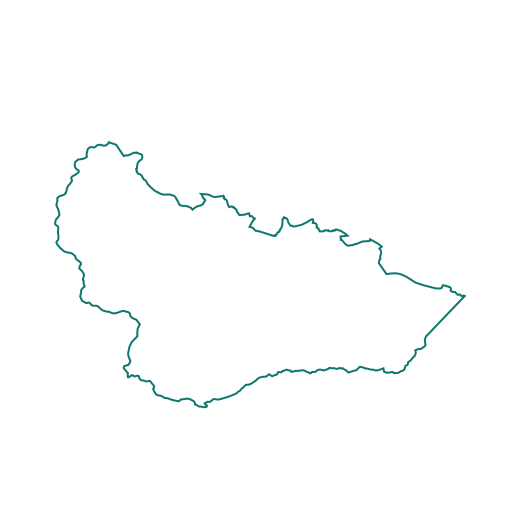 outline of Kirehe, Eastern, Rwanda, rotated 71°
{"feature_id": "39286606B14634167117771", "entity_name": "Kirehe", "entity_type": "district", "adm_level": 2, "iso_a3": "RWA", "parent_name": "Rwanda", "parent_adm1": "Eastern", "projection": "natural_earth1", "projection_center": [30.661, -2.196], "detail": "fine", "context": "isolated", "style": "outline", "palette": "teal", "viewbox_px": 512, "rotation_deg": 71, "n_neighbors": 0, "source": "geoboundaries", "source_scale": "gbopen_adm2", "svg_char_len": 6145}
<svg xmlns="http://www.w3.org/2000/svg" viewBox="0 0 512 512"><g transform="rotate(71 256 256)"><path d="M239.7,192.8L240.6,196.7L241.4,203.0L240.6,209.7L240.1,211.4L239.1,212.1L238.5,213.6L234.6,214.5L231.5,214.4L230.3,214.9L230.1,215.5L229.6,215.7L229.6,216.4L228.5,216.9L229.8,218.8L235.3,221.1L237.5,222.7L238.3,224.1L238.9,224.4L239.1,224.9L239.5,224.9L240.1,226.0L240.5,226.1L240.9,228.2L242.0,228.9L242.6,230.3L243.4,231.2L242.9,232.3L242.7,232.2L242.8,232.6L241.8,234.1L234.1,244.4L231.8,248.4L228.5,249.7L226.3,252.6L221.2,246.9L220.5,245.0L220.0,244.9L218.7,246.2L216.8,247.1L216.6,248.7L216.3,248.9L213.5,248.6L213.2,250.0L213.2,253.3L212.1,257.8L211.4,258.7L209.6,258.8L208.2,259.6L205.8,259.4L204.6,260.0L203.8,260.9L202.6,261.1L202.4,261.9L201.2,262.7L201.1,265.5L199.8,265.8L193.9,265.6L192.4,266.4L192.2,267.0L191.4,267.4L191.3,267.0L189.9,267.4L189.5,266.9L188.4,267.2L188.3,268.7L186.9,275.6L185.4,278.1L183.4,279.8L182.0,281.8L179.5,287.7L180.8,287.1L182.2,287.3L184.7,286.9L185.6,286.0L187.1,286.0L188.1,287.8L189.2,288.5L189.7,289.6L190.2,291.9L190.0,293.2L190.1,297.0L191.5,301.0L189.6,301.6L187.0,304.2L186.7,305.0L185.8,306.0L185.2,308.0L183.8,310.6L181.9,312.0L180.3,311.9L174.1,313.0L172.3,314.0L169.6,317.8L167.9,323.4L166.0,326.1L164.2,327.9L163.7,328.7L163.8,328.8L163.4,328.4L162.1,330.0L156.9,333.1L152.3,335.2L148.8,335.6L147.0,337.3L145.3,337.3L144.2,338.0L143.0,337.8L140.7,339.3L140.2,340.4L138.0,341.4L136.8,340.9L136.1,341.3L134.6,340.9L134.5,340.0L133.3,339.7L130.4,338.1L129.4,337.3L128.1,335.3L127.5,332.9L126.7,332.0L125.1,331.1L122.8,331.0L121.0,333.5L119.3,335.0L119.6,335.8L118.6,337.3L119.2,344.3L118.5,346.4L118.4,348.5L105.3,352.0L100.5,358.2L101.6,359.2L102.6,362.0L101.7,365.0L100.7,366.0L99.5,368.9L99.6,370.0L100.8,373.2L99.4,376.4L99.2,377.7L100.0,380.1L100.7,380.7L104.5,383.0L105.2,383.4L106.5,383.3L107.5,384.1L107.7,385.1L107.8,388.1L106.9,392.9L108.1,396.1L110.4,397.7L113.3,398.2L115.6,397.4L117.2,395.9L118.5,396.1L119.1,396.6L120.3,399.9L120.9,403.8L121.7,405.1L122.8,405.5L124.6,405.3L125.3,405.8L127.4,408.6L128.6,410.9L130.0,412.3L133.9,414.8L134.0,415.3L134.5,415.3L134.8,415.7L135.4,417.1L135.6,418.6L135.5,422.3L136.6,425.1L139.2,425.8L141.6,427.5L143.5,428.3L147.9,427.8L153.1,428.4L155.3,431.0L155.7,432.3L156.6,433.4L159.2,435.1L160.9,435.5L163.5,433.7L164.7,433.6L168.7,435.4L173.2,436.4L175.3,437.2L176.7,438.3L177.1,439.3L178.1,440.3L180.2,440.2L184.8,438.5L189.4,435.7L191.3,433.0L193.0,430.0L194.3,428.7L197.4,426.9L199.6,427.2L200.7,426.9L203.7,424.8L205.4,423.9L206.9,424.2L207.9,425.7L209.8,427.0L210.6,427.0L214.2,425.2L216.6,424.7L218.5,425.0L221.6,427.2L222.4,427.4L223.2,427.0L226.3,428.1L228.8,427.8L229.4,428.6L230.0,430.6L231.5,432.5L233.2,433.1L237.1,435.4L241.2,435.2L241.9,434.9L245.1,432.0L245.5,431.0L245.6,429.3L246.1,428.5L248.6,427.6L249.9,426.4L251.1,423.1L252.0,422.0L257.3,419.0L259.6,415.9L261.1,412.8L263.2,410.7L264.0,409.1L264.5,406.1L264.5,400.3L264.7,399.3L267.6,394.9L269.2,394.0L271.7,394.3L273.3,393.8L274.5,393.0L277.3,389.9L282.8,388.1L286.0,391.4L288.8,392.8L293.4,394.4L295.7,399.2L297.4,402.1L300.8,405.3L306.7,408.8L310.4,409.3L313.8,408.9L314.6,409.1L315.6,409.9L317.4,412.0L317.2,415.9L317.5,416.8L318.2,417.3L319.5,417.5L325.0,415.2L326.6,416.1L328.2,416.1L328.5,416.6L329.0,416.5L329.2,416.1L328.3,411.8L330.4,409.9L330.5,407.1L331.6,405.8L333.2,406.3L336.1,405.0L337.6,402.1L338.5,401.4L339.1,399.7L339.5,397.0L346.0,394.6L347.4,395.5L347.9,396.4L348.7,396.5L351.7,396.2L354.5,395.4L355.5,394.4L357.6,391.0L360.6,388.5L361.5,386.2L364.8,382.1L368.0,376.9L368.0,375.5L367.2,373.7L367.3,373.2L368.1,369.9L368.0,369.1L368.5,367.5L369.5,365.5L372.9,362.1L375.4,361.7L376.5,361.9L376.9,361.6L377.4,360.8L379.7,358.9L381.1,355.8L381.9,354.7L382.6,352.5L382.0,351.2L381.3,351.1L379.7,352.3L378.6,352.5L378.1,349.5L378.9,346.8L377.4,342.6L379.3,339.0L379.7,336.6L380.1,327.8L379.7,320.4L379.5,318.9L378.6,317.3L378.1,314.8L376.8,312.9L376.0,310.5L374.6,307.8L374.6,307.1L375.3,305.0L375.1,301.7L374.0,297.4L372.4,293.8L372.1,292.3L372.4,289.2L373.3,285.4L372.2,282.7L372.3,281.7L374.2,280.6L375.0,279.5L374.7,277.1L374.9,275.2L374.5,274.3L373.1,273.1L373.0,272.6L374.2,270.2L373.9,268.9L373.3,268.0L373.6,267.0L373.4,264.1L374.3,263.1L375.7,260.5L376.9,260.4L377.3,259.5L377.5,256.1L378.4,253.3L379.2,248.9L380.8,246.6L382.0,245.9L382.7,245.0L383.2,244.0L384.4,243.4L384.6,242.9L384.5,242.0L383.9,240.7L384.9,237.9L384.0,235.2L383.9,233.9L384.4,232.1L386.3,229.1L386.3,225.2L385.7,222.9L386.7,221.1L387.5,218.7L388.8,216.8L389.3,215.3L389.0,213.4L390.4,211.6L390.2,210.7L390.5,210.3L391.5,209.9L393.9,207.7L395.7,207.0L396.3,206.1L396.3,200.8L396.7,198.4L394.8,194.6L394.7,193.7L396.9,190.0L397.8,189.6L398.7,187.4L400.8,184.4L401.7,182.1L403.3,180.0L403.8,177.1L403.7,172.1L407.0,172.6L408.7,170.6L409.7,167.8L409.9,165.3L410.2,164.5L411.8,163.6L412.8,159.2L412.1,156.5L412.2,154.6L411.7,152.7L408.5,150.4L408.2,148.5L407.5,147.4L406.3,147.1L405.8,146.3L405.2,143.9L403.4,141.2L402.2,138.5L399.8,136.5L397.0,136.0L396.8,132.5L397.6,130.7L396.3,125.8L395.5,124.9L394.4,124.5L391.7,124.1L389.8,123.4L387.4,121.4L361.8,71.7L361.0,72.4L361.0,74.1L360.5,74.9L358.8,75.7L358.3,78.0L354.7,79.6L354.2,81.6L352.3,83.3L350.7,82.3L348.8,82.6L345.8,86.5L344.5,89.0L346.7,90.9L346.6,92.6L345.1,96.7L337.6,108.0L332.9,114.0L325.0,120.2L321.3,124.0L319.6,126.1L317.9,129.5L316.7,133.1L315.6,138.5L302.5,142.2L299.6,140.3L299.2,139.2L297.6,139.1L295.9,138.2L294.6,137.0L292.8,136.3L291.0,136.3L289.1,136.9L288.1,134.1L284.0,136.7L277.5,142.5L278.3,142.7L278.3,143.5L278.8,143.8L276.9,150.8L277.3,157.1L276.9,158.6L277.2,160.3L276.2,165.9L274.1,167.5L268.5,169.8L268.3,170.6L265.1,169.7L266.6,162.8L262.9,165.1L261.9,166.1L259.6,167.7L259.1,168.9L257.5,170.6L257.0,171.7L257.6,172.4L256.9,173.4L257.6,174.4L256.9,175.3L257.3,176.1L256.5,178.6L255.8,179.5L255.0,179.5L254.9,181.0L254.1,182.3L254.1,182.8L254.6,183.5L254.4,185.0L254.0,186.6L253.1,187.3L253.2,187.8L250.0,188.1L249.3,189.2L248.5,189.4L247.1,188.5L245.4,188.6L244.1,189.6L243.2,191.6L241.3,190.4L239.9,190.3L239.5,190.9L239.7,192.8Z" fill="none" stroke="#0f766e" stroke-width="2"/></g></svg>